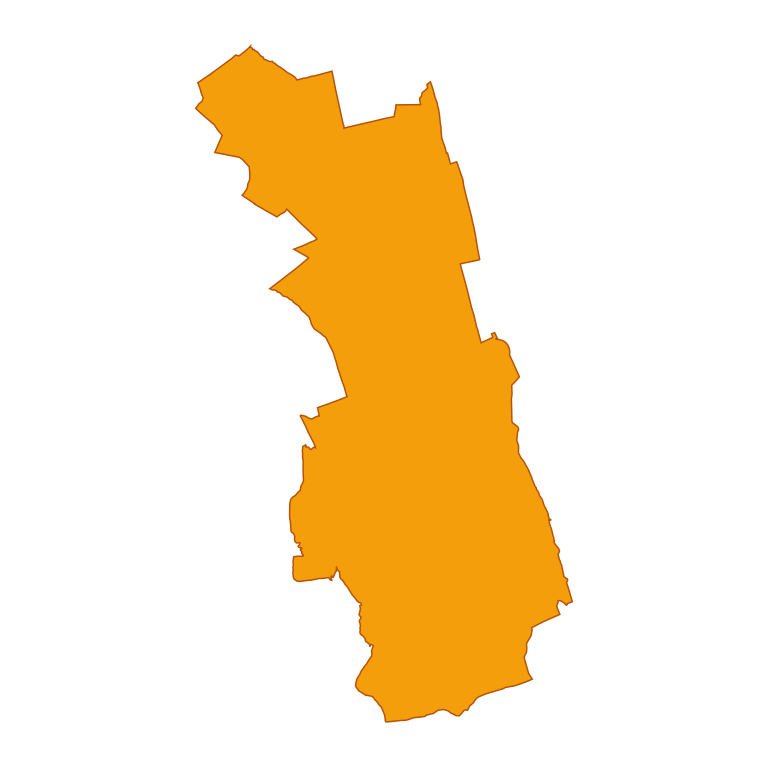 the district of Bacesti, Vaslui, Romania
{"feature_id": "2599482B65523487656623", "entity_name": "Bacesti", "entity_type": "district", "adm_level": 2, "iso_a3": "ROU", "parent_name": "Romania", "parent_adm1": "Vaslui", "projection": "orthographic", "projection_center": [27.228, 46.823], "detail": "fine", "context": "isolated", "style": "filled", "palette": "amber", "viewbox_px": 768, "rotation_deg": 0, "n_neighbors": 0, "source": "geoboundaries", "source_scale": "gbopen_adm2", "svg_char_len": 6078}
<svg xmlns="http://www.w3.org/2000/svg" viewBox="0 0 768 768"><path d="M572.3,601.7L568.0,586.9L567.2,584.9L566.6,582.3L567.3,581.1L567.7,579.6L567.1,578.7L566.1,578.3L563.9,576.5L563.4,573.6L562.8,571.8L562.8,570.7L561.9,567.2L561.9,565.7L560.6,563.2L560.2,561.1L559.4,559.7L558.0,554.4L559.4,551.5L559.5,550.5L558.7,548.8L556.9,546.3L555.9,545.4L555.5,544.4L554.7,543.6L554.1,542.0L554.4,540.6L553.8,539.7L553.8,538.2L552.8,534.9L551.4,528.8L550.0,525.4L548.8,520.1L550.5,520.3L550.8,519.8L549.7,519.0L548.7,517.6L548.0,513.7L547.3,511.7L544.2,505.7L542.1,499.3L539.5,495.5L538.5,492.2L536.4,489.2L536.2,487.7L535.1,486.5L532.3,479.6L531.2,476.3L528.4,469.7L523.4,460.8L521.2,458.3L518.5,453.0L518.6,446.3L518.3,444.8L517.0,441.3L516.8,440.2L517.5,432.1L518.4,430.3L518.6,428.9L517.8,426.9L512.4,422.6L511.9,421.1L511.4,398.6L511.9,395.6L512.0,393.0L511.7,385.3L515.8,381.0L519.4,376.8L509.6,355.0L509.7,350.6L508.9,347.4L507.8,345.0L506.0,342.8L504.6,341.6L502.7,340.6L498.5,339.4L496.0,339.3L495.9,338.7L497.2,338.1L494.7,332.7L491.6,333.8L492.6,336.7L492.7,337.3L492.3,337.6L481.1,342.8L477.4,328.9L476.2,325.7L475.9,323.8L474.0,315.5L471.6,307.7L466.8,288.2L460.2,263.9L478.9,259.9L479.7,259.5L477.6,248.9L475.5,235.6L474.0,227.8L472.3,221.0L471.7,217.4L465.1,191.9L463.5,184.6L462.9,179.7L456.7,161.8L450.4,163.9L447.5,153.0L446.4,153.2L444.8,146.7L442.1,139.4L441.5,136.1L440.9,126.7L440.2,122.6L439.5,115.1L438.5,108.8L437.6,105.9L437.1,102.7L435.1,97.5L432.9,89.0L430.4,81.8L427.2,84.2L426.9,84.8L427.7,87.7L425.9,89.7L422.6,92.3L422.1,93.0L421.3,96.6L419.9,97.7L419.6,99.7L420.6,104.6L396.0,104.9L395.7,108.4L394.5,113.5L394.3,116.6L387.1,118.0L343.9,128.1L343.9,125.5L343.1,123.9L335.7,89.9L332.0,71.2L313.8,76.1L312.1,76.1L306.1,78.0L303.8,78.2L297.0,80.0L294.6,76.9L290.7,74.3L287.5,72.6L283.3,69.3L277.1,65.3L274.8,63.3L273.6,62.9L273.1,62.4L272.3,61.3L269.8,61.6L264.2,59.2L263.8,58.9L263.4,57.4L260.6,55.8L257.2,51.6L256.1,51.3L255.1,50.7L253.9,49.3L253.3,49.7L252.8,49.7L251.8,47.8L250.4,47.1L250.6,46.1L246.9,49.7L239.5,55.6L238.8,55.8L235.5,55.1L231.9,58.4L210.8,73.9L197.7,82.8L198.2,83.6L200.2,89.1L201.2,92.9L202.7,96.7L203.2,98.4L201.9,101.3L198.9,103.9L195.7,108.5L202.6,114.8L214.2,124.7L218.1,130.5L222.2,135.3L214.8,152.5L239.1,157.2L242.6,159.6L249.2,166.8L249.8,173.3L249.6,179.9L248.0,183.6L247.6,185.1L247.6,186.9L247.0,188.4L246.0,190.2L243.2,194.3L242.1,195.2L242.2,195.4L254.9,203.9L254.7,204.2L276.9,216.9L280.4,214.3L284.2,212.4L285.6,211.1L286.7,209.1L299.7,222.2L313.6,235.4L316.1,237.8L316.9,239.2L313.7,241.0L309.9,242.4L305.6,244.6L293.8,249.2L308.2,257.4L308.6,257.9L300.8,264.6L294.5,269.7L269.8,288.7L272.4,290.0L274.8,290.0L276.3,290.6L277.5,292.1L279.6,292.4L283.1,296.0L287.0,297.0L290.0,299.4L292.1,300.3L292.9,301.2L293.3,302.2L299.4,306.6L301.5,310.1L304.8,312.9L309.0,316.9L310.2,319.9L311.5,324.3L314.2,328.9L321.4,333.8L323.2,335.7L324.3,336.3L325.9,337.6L333.5,353.0L334.5,356.8L336.0,361.3L337.6,367.5L341.4,379.3L344.1,386.7L347.0,396.8L329.6,403.4L317.6,407.6L319.1,415.1L319.0,416.1L318.1,416.0L315.7,416.9L312.0,418.9L311.4,418.9L309.1,418.3L305.1,416.1L300.9,415.2L300.4,415.5L300.5,416.6L301.6,418.3L305.8,426.7L307.7,431.2L313.7,442.9L315.4,446.8L315.5,447.8L314.5,447.2L313.8,447.3L311.1,449.4L309.8,449.0L308.6,447.2L305.9,446.9L306.0,445.4L305.6,444.9L302.8,446.5L302.3,451.5L302.6,452.5L302.6,457.7L303.1,460.1L303.3,462.3L303.1,465.8L303.2,474.1L303.5,480.6L302.7,482.8L300.9,486.4L300.2,490.4L298.3,492.0L295.4,495.4L292.9,497.0L291.8,498.1L290.7,499.6L290.1,501.9L289.7,504.6L289.6,515.7L289.8,519.0L290.2,520.4L290.5,523.1L291.1,531.4L291.5,532.1L293.2,533.3L294.2,534.8L294.9,536.8L294.5,538.2L294.7,540.8L295.0,541.5L296.6,543.0L299.1,542.7L299.9,542.8L299.5,544.5L298.1,546.3L298.7,547.2L299.9,547.5L300.6,548.3L301.3,547.8L301.7,548.0L301.5,549.0L300.5,549.7L300.5,550.3L301.8,551.5L301.7,553.4L303.0,554.9L303.4,555.8L303.0,556.2L296.3,556.3L293.7,556.7L293.2,560.2L293.1,563.0L293.4,564.6L292.9,567.4L293.3,570.2L292.9,571.9L293.1,575.2L293.6,577.9L294.3,579.3L296.7,580.9L298.3,581.4L300.5,581.4L308.2,580.3L310.8,580.2L319.2,578.5L323.3,578.4L328.3,577.5L328.8,577.8L330.3,579.9L331.6,580.4L331.8,579.7L331.0,579.0L331.3,578.0L331.2,576.0L331.6,576.0L332.2,577.0L332.7,577.3L333.1,577.4L333.5,576.9L335.1,572.8L336.2,571.0L336.4,569.2L336.3,567.8L336.5,567.4L338.1,570.8L339.3,571.5L339.6,572.1L339.5,573.8L339.8,575.2L339.8,576.8L340.7,578.7L343.2,581.1L344.8,583.9L347.5,587.2L352.2,594.8L354.7,597.6L356.7,600.4L358.2,602.0L360.5,603.0L361.2,603.8L361.4,604.7L361.1,605.3L360.1,605.5L359.8,605.9L360.4,609.1L359.1,614.3L359.6,615.7L360.5,616.4L361.0,617.1L360.5,619.0L359.4,620.4L359.2,621.2L360.1,623.6L360.3,625.0L360.4,626.6L359.9,628.3L360.3,630.0L359.9,631.8L360.1,633.2L360.6,634.3L362.9,635.9L364.5,637.8L365.2,639.1L365.4,640.5L366.2,641.9L369.1,643.8L369.5,644.6L369.7,646.1L370.1,646.1L370.5,644.7L370.9,644.5L372.3,644.9L373.5,645.9L372.4,648.2L371.6,650.9L371.6,651.9L372.0,654.0L371.7,656.1L369.6,658.9L366.5,664.0L364.6,666.2L361.1,671.3L359.6,674.7L358.3,676.6L356.7,679.6L355.7,684.2L355.6,686.2L358.6,690.7L365.7,695.2L370.2,695.9L372.4,696.7L373.6,697.6L374.9,699.8L377.2,702.0L378.7,704.5L381.2,707.0L381.9,708.4L384.4,714.4L385.0,717.3L385.4,721.2L385.6,721.7L387.5,721.9L401.7,720.4L405.1,720.3L407.8,719.8L413.6,717.7L420.9,717.0L425.2,716.3L426.1,715.3L426.9,715.0L433.6,713.4L437.3,710.7L438.8,710.1L444.0,709.5L447.4,710.6L448.9,711.4L450.5,712.9L454.1,714.5L455.8,715.6L459.2,715.8L462.0,713.1L463.6,710.7L465.4,709.9L467.6,710.3L469.8,705.7L471.5,704.5L473.5,702.6L475.7,699.1L476.4,698.8L477.0,697.9L478.8,696.8L485.5,694.0L503.3,688.6L505.6,687.4L513.6,686.0L517.0,685.1L529.1,680.6L532.3,679.1L528.7,673.6L524.4,658.7L524.4,656.3L526.5,652.3L526.8,647.9L526.5,645.0L526.8,642.9L530.5,636.8L531.2,635.1L532.1,629.9L531.7,627.5L533.5,626.8L543.9,621.4L559.9,614.4L557.7,609.2L556.6,605.8L557.3,604.4L558.1,602.0L558.1,600.8L560.0,600.5L563.6,602.5L566.4,605.2L567.2,604.5L567.1,603.8L567.3,603.6L572.3,601.7Z" fill="#f59e0b" stroke="#b45309" stroke-width="1.5"/></svg>